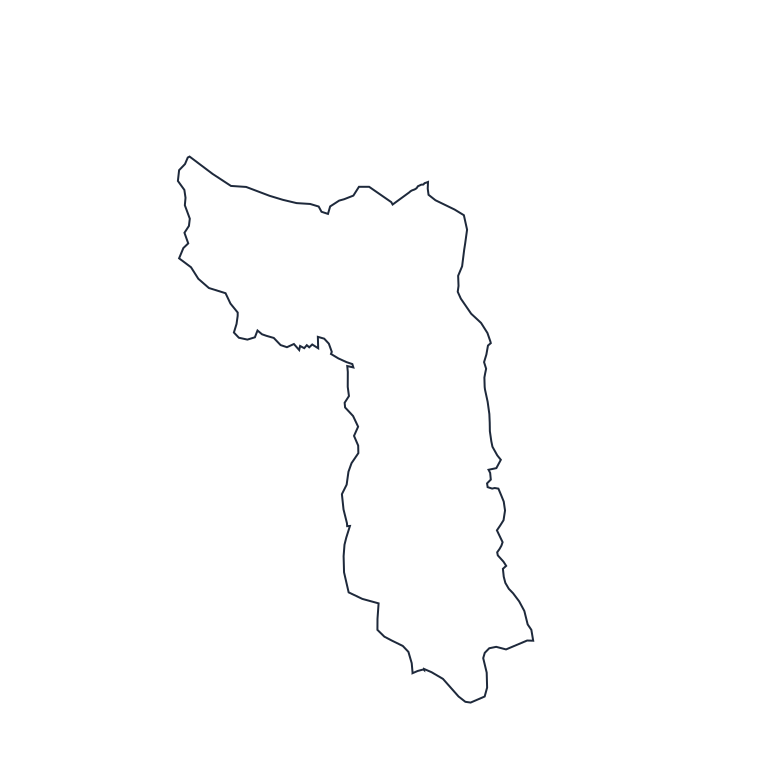 the district of Lelouma, Lélouma, Guinea, rotated 318°
{"feature_id": "49546643B79531384041877", "entity_name": "Lelouma", "entity_type": "district", "adm_level": 2, "iso_a3": "GIN", "parent_name": "Guinea", "parent_adm1": "Lélouma", "projection": "equal_earth", "projection_center": [-12.691, 11.514], "detail": "fine", "context": "isolated", "style": "outline", "palette": "slate", "viewbox_px": 768, "rotation_deg": 318, "n_neighbors": 0, "source": "geoboundaries", "source_scale": "gbopen_adm2", "svg_char_len": 2609}
<svg xmlns="http://www.w3.org/2000/svg" viewBox="0 0 768 768"><g transform="rotate(318 384 384)"><path d="M211.7,618.0L217.0,619.8L222.3,622.5L222.4,623.5L223.1,622.6L226.5,630.0L230.5,642.6L230.3,666.1L231.8,674.6L235.2,678.7L249.7,683.6L257.5,678.6L267.2,667.2L274.3,654.1L279.0,651.2L285.4,650.8L291.5,654.4L297.1,662.9L318.7,670.4L323.1,674.6L329.0,665.3L329.9,658.8L336.4,646.6L339.0,636.0L339.9,625.9L339.7,619.7L341.1,613.0L344.0,607.4L348.7,600.9L353.1,600.9L353.9,596.0L353.9,587.5L355.5,584.8L359.5,583.9L363.1,582.7L366.3,580.9L370.0,568.3L375.7,566.9L381.7,565.2L389.3,559.0L394.3,551.5L396.6,545.2L399.0,538.3L396.7,535.4L394.4,534.1L392.0,530.0L394.1,526.8L399.4,526.5L403.4,521.1L404.3,517.7L411.2,521.7L420.1,518.5L420.4,512.9L422.6,503.2L425.4,498.4L431.1,489.9L436.6,483.6L442.2,476.8L449.1,466.6L455.4,455.6L456.8,453.6L462.9,446.4L466.0,444.0L470.1,441.0L473.0,434.7L479.8,430.6L487.0,425.0L490.7,425.1L491.5,423.6L495.0,415.3L497.0,403.6L495.8,390.1L498.2,372.0L500.5,364.8L505.0,361.0L511.5,353.2L520.8,348.8L533.4,337.9L538.2,334.0L549.0,324.9L556.3,312.0L553.2,301.6L545.2,281.9L543.7,273.2L547.2,268.1L551.9,263.3L550.1,262.6L548.5,261.9L546.7,262.1L545.1,260.8L543.0,260.2L541.4,259.7L539.9,260.2L538.1,260.2L536.4,259.7L534.5,258.9L532.7,258.5L531.1,258.5L516.5,257.0L510.5,256.4L511.1,253.7L504.9,227.5L497.3,220.7L487.3,223.5L478.0,220.0L473.4,217.7L468.4,216.9L462.8,216.0L456.2,220.1L452.8,214.2L454.2,208.4L449.6,200.8L440.1,191.1L432.1,179.5L424.9,167.6L413.4,145.3L402.8,134.4L397.2,113.2L391.7,84.9L389.7,84.4L383.3,87.4L374.8,88.0L366.7,95.2L365.5,106.2L361.1,112.8L355.6,117.9L350.3,131.2L344.8,136.0L336.9,138.1L332.6,148.5L325.9,148.7L319.6,151.7L315.8,153.5L318.7,168.1L316.4,181.6L317.2,188.1L318.1,195.5L327.0,210.5L323.7,221.5L323.1,233.0L320.8,235.5L314.6,240.7L306.9,245.3L307.1,252.5L312.2,259.6L319.3,262.9L325.8,259.6L326.6,265.4L328.9,269.6L332.9,276.0L333.2,285.9L336.5,291.7L343.8,294.0L343.7,302.0L347.1,299.6L348.7,304.0L352.6,303.5L353.0,306.7L357.1,306.6L359.0,313.4L366.4,304.7L369.9,310.3L370.0,317.1L366.7,325.2L364.7,326.2L367.2,334.4L370.7,342.5L373.8,348.0L372.3,351.2L368.7,346.1L365.2,350.8L355.1,361.9L349.9,369.5L342.2,371.6L339.4,375.4L339.6,387.1L336.2,398.4L327.0,402.5L323.6,412.5L318.7,418.2L306.9,421.1L298.9,425.4L288.9,433.8L279.0,437.7L270.0,450.1L263.3,462.7L261.5,465.0L263.7,466.7L253.2,472.9L247.1,477.0L238.8,484.9L228.3,497.2L218.3,515.2L224.1,529.2L233.2,543.4L222.0,554.2L214.6,562.3L215.2,572.0L218.2,580.1L222.7,591.3L222.9,599.4L217.8,610.0L212.1,617.6L211.7,618.0Z" fill="none" stroke="#1e293b" stroke-width="2"/></g></svg>